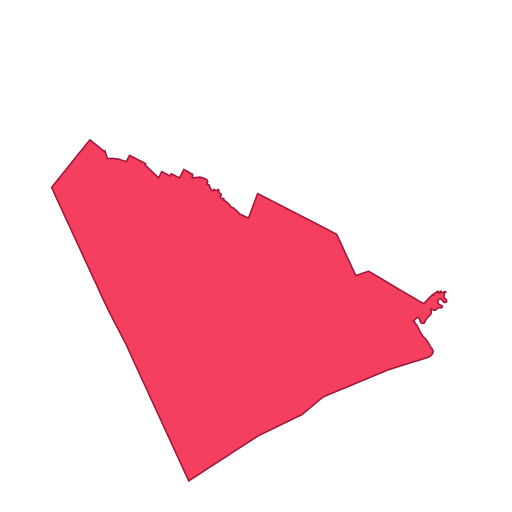 outline of Ongkharak, Nakhon Nayok, Thailand, rotated 335°
{"feature_id": "78962969B80179535824157", "entity_name": "Ongkharak", "entity_type": "district", "adm_level": 2, "iso_a3": "THA", "parent_name": "Thailand", "parent_adm1": "Nakhon Nayok", "projection": "mercator", "projection_center": [101.067, 14.102], "detail": "fine", "context": "isolated", "style": "filled", "palette": "rose", "viewbox_px": 512, "rotation_deg": 335, "n_neighbors": 0, "source": "geoboundaries", "source_scale": "gbopen_adm2", "svg_char_len": 5873}
<svg xmlns="http://www.w3.org/2000/svg" viewBox="0 0 512 512"><g transform="rotate(335 256 256)"><path d="M138.9,88.0L137.8,88.5L137.1,89.0L134.3,90.4L130.2,92.4L120.3,97.4L116.1,99.3L112.3,101.3L99.9,107.3L99.7,107.5L99.7,114.3L99.6,116.4L99.6,122.6L99.4,165.0L99.4,174.5L99.3,188.7L99.3,208.8L99.3,215.9L99.1,227.6L99.2,235.3L99.2,238.7L99.2,241.4L99.6,251.0L99.6,253.0L99.9,259.3L100.3,266.7L100.7,277.8L100.8,278.4L100.8,278.5L100.6,278.7L100.8,279.1L100.9,279.4L100.8,290.1L100.8,291.8L100.7,301.0L100.7,302.9L100.7,303.8L100.6,305.0L100.7,305.9L100.6,306.7L100.7,308.7L100.6,317.9L100.6,318.3L100.6,318.7L100.5,319.5L100.5,320.5L100.6,320.9L100.6,323.0L100.6,323.5L100.6,324.2L100.6,330.3L100.5,333.8L100.5,335.8L100.4,341.9L100.5,342.2L100.4,352.4L100.4,356.4L100.4,362.0L100.4,365.0L100.3,369.0L100.3,374.6L100.1,411.6L100.0,425.1L100.0,427.4L100.0,431.4L112.6,429.7L123.3,428.1L134.1,426.6L139.7,425.8L142.5,425.6L152.4,424.0L157.1,423.4L175.7,420.8L182.0,419.9L183.8,419.8L189.7,419.8L201.7,419.6L203.6,419.6L206.8,419.5L209.9,419.5L221.5,419.3L226.3,419.2L227.9,419.3L230.6,419.2L241.0,416.4L245.5,415.3L247.2,414.7L248.2,414.4L249.0,414.3L250.6,413.8L256.1,412.4L257.4,412.3L259.6,412.2L262.4,412.3L265.7,412.5L277.5,412.9L279.0,413.1L279.9,413.1L288.7,413.5L293.3,413.6L303.7,414.1L312.6,414.4L322.6,414.9L327.8,415.0L328.3,415.1L330.2,415.4L344.9,417.3L346.8,417.6L350.1,418.0L370.0,420.7L370.5,420.4L371.8,420.3L373.0,420.0L373.8,419.7L374.6,419.2L375.6,418.4L375.9,417.9L376.2,417.3L376.4,417.0L376.5,416.0L376.4,414.8L376.3,414.1L375.7,411.3L375.7,411.0L375.7,409.3L375.6,408.6L375.4,406.6L375.3,405.8L374.6,402.6L374.0,400.9L373.5,399.9L373.2,398.4L372.7,394.1L372.7,393.2L372.7,389.4L372.6,387.7L372.0,384.3L371.7,383.0L371.6,382.5L371.4,382.3L371.1,382.0L371.1,381.9L371.3,381.6L371.7,381.4L374.2,380.5L375.3,380.2L376.0,380.1L376.6,380.1L377.1,380.3L377.4,380.7L377.5,381.0L377.2,384.6L377.2,385.4L377.3,386.1L377.5,386.6L378.0,387.1L379.1,387.7L379.3,387.9L379.8,387.9L380.3,387.8L380.7,387.6L382.1,386.4L382.7,385.8L383.2,385.6L383.7,385.2L384.6,384.8L386.7,383.9L388.6,383.3L389.0,383.1L390.1,382.4L391.1,381.2L391.3,380.7L391.5,380.3L391.5,379.9L391.6,378.2L391.8,378.0L392.1,377.9L392.3,378.1L393.0,378.9L394.1,380.1L394.6,380.6L395.1,380.8L395.7,380.9L396.2,380.9L397.2,380.6L398.2,380.2L398.7,380.0L399.1,380.0L399.6,380.1L401.1,380.9L401.8,381.2L402.4,381.3L403.0,381.2L403.4,380.9L403.6,380.6L403.6,380.3L403.5,379.8L403.3,379.4L402.0,377.8L401.4,376.9L401.3,376.5L401.2,376.1L401.2,375.3L401.4,374.8L401.8,373.9L402.4,373.0L402.8,372.7L403.1,372.5L403.5,372.5L404.2,372.5L404.4,372.5L404.8,372.8L405.2,373.1L405.5,373.5L405.8,374.3L406.2,375.8L406.7,377.2L407.0,377.6L407.5,378.0L408.0,378.2L408.6,378.2L409.1,378.1L409.4,377.9L409.7,377.6L409.9,377.2L410.0,376.5L409.9,375.7L409.7,375.2L409.0,373.8L409.0,373.1L409.1,372.6L409.4,372.0L410.8,369.8L411.3,369.0L411.6,368.8L412.0,368.7L412.5,368.7L412.8,368.9L412.9,368.7L412.4,368.2L411.8,367.9L411.3,367.9L410.8,368.1L410.4,368.1L409.8,368.0L409.1,367.7L408.9,367.4L408.7,367.3L408.7,367.1L408.8,366.5L408.7,365.9L407.9,365.8L407.7,366.0L407.6,366.8L407.5,367.0L407.4,367.1L407.1,367.2L406.7,367.1L406.2,366.7L405.7,366.1L405.7,365.8L405.9,365.2L406.0,364.9L405.9,364.7L405.7,364.6L405.1,364.7L404.7,364.8L404.4,364.9L403.9,365.4L402.8,365.2L402.0,365.3L401.7,365.5L401.1,366.4L400.5,366.5L400.2,366.5L400.1,366.4L399.8,365.5L397.4,366.4L395.2,367.2L393.1,368.1L389.8,369.3L388.1,369.8L387.8,369.9L387.7,369.8L386.9,368.8L379.2,357.6L372.0,347.4L369.4,343.4L362.8,333.7L360.1,329.6L355.6,323.2L353.0,319.3L352.4,318.4L351.8,317.7L351.5,317.4L350.9,317.3L345.1,316.6L341.3,316.3L341.1,316.2L340.7,316.1L340.4,316.0L340.2,316.2L339.8,316.1L338.2,316.0L338.2,308.4L338.1,307.4L338.2,306.8L338.2,306.2L338.2,302.2L338.2,299.6L338.2,289.6L338.3,287.9L338.3,273.3L338.2,270.3L336.5,268.1L335.4,266.6L334.0,264.9L332.6,263.0L327.9,256.9L325.9,254.2L316.0,241.5L293.6,212.6L285.2,201.8L283.8,200.1L265.4,218.3L265.2,218.4L261.4,213.9L258.3,210.1L258.6,209.7L257.4,206.2L256.8,205.2L256.4,204.8L256.2,203.1L254.9,202.2L254.5,201.4L253.8,200.6L253.7,200.0L253.7,198.8L253.7,198.4L253.6,198.0L253.2,197.3L252.9,196.0L252.3,195.0L251.4,193.2L250.2,191.7L250.9,191.1L251.1,190.8L251.0,190.4L250.7,190.0L249.2,189.1L248.6,188.5L248.5,188.2L248.5,187.7L248.6,187.4L248.8,186.9L248.9,186.7L249.2,186.6L249.5,186.6L249.8,186.6L250.0,186.4L250.3,186.2L250.5,185.7L250.7,185.1L250.6,184.9L250.2,184.6L249.8,183.9L249.6,183.6L249.5,183.0L249.6,182.0L250.2,180.4L250.2,180.1L250.1,179.9L249.9,179.7L249.6,179.6L249.3,179.6L248.5,179.9L248.0,180.0L247.7,180.0L247.4,179.9L247.1,179.6L246.9,179.3L246.6,178.3L246.2,177.9L245.7,177.8L244.9,178.4L244.4,178.6L244.2,178.5L243.8,178.3L243.5,178.1L243.4,177.8L243.4,177.4L243.5,175.3L243.4,174.8L243.0,174.1L243.0,173.9L243.6,172.6L243.6,172.3L243.6,172.0L243.5,171.8L242.1,170.4L241.9,170.2L242.0,169.8L242.1,169.7L243.4,168.8L243.5,168.6L243.6,168.2L243.7,166.1L243.6,165.8L242.4,164.4L241.4,163.2L238.8,160.8L238.2,161.3L238.0,161.1L237.7,160.5L237.6,160.4L237.3,160.3L236.4,160.2L236.0,160.1L235.6,159.9L235.0,159.3L234.7,159.3L233.4,159.3L232.8,159.1L232.2,159.0L231.8,158.8L231.5,158.6L231.5,158.3L231.9,157.8L231.8,157.6L231.6,157.2L231.8,156.9L232.4,156.7L232.5,156.7L232.6,156.1L233.0,155.7L233.0,154.8L232.9,154.7L232.4,154.5L232.1,154.2L231.6,153.5L231.4,152.9L230.9,152.8L230.8,152.7L230.9,152.0L230.8,151.9L228.7,149.1L227.2,147.0L224.1,149.5L219.6,152.8L214.0,145.6L212.0,147.2L206.3,139.6L200.8,143.9L193.9,126.6L195.1,125.7L188.0,116.5L183.9,111.3L178.3,115.6L177.9,115.0L177.5,114.9L172.3,110.0L171.9,110.2L171.5,109.7L171.3,109.4L170.6,109.1L167.5,107.0L166.5,106.5L162.5,105.0L163.6,96.9L162.7,97.3L156.9,85.1L155.0,81.3L154.6,80.6L150.1,82.6L144.3,85.6L140.5,87.4L139.8,87.7L138.9,88.0Z" fill="#f43f5e" stroke="#9f1239" stroke-width="1.5"/></g></svg>